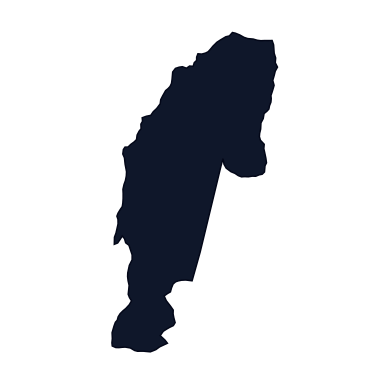 Bento de Abreu, São Paulo, Brazil, rotated 165°
{"feature_id": "56859067B44589944496039", "entity_name": "Bento de Abreu", "entity_type": "district", "adm_level": 2, "iso_a3": "BRA", "parent_name": "Brazil", "parent_adm1": "São Paulo", "projection": "robinson", "projection_center": [-50.853, -21.315], "detail": "fine", "context": "isolated", "style": "filled", "palette": "ink", "viewbox_px": 384, "rotation_deg": 165, "n_neighbors": 0, "source": "geoboundaries", "source_scale": "gbopen_adm2", "svg_char_len": 2397}
<svg xmlns="http://www.w3.org/2000/svg" viewBox="0 0 384 384"><g transform="rotate(165 192 192)"><path d="M308.9,63.9L305.9,61.5L302.9,60.6L299.7,60.1L296.7,59.5L291.9,57.3L288.5,53.8L285.9,52.3L280.4,50.9L276.9,49.6L273.6,48.4L270.8,48.7L267.7,49.1L263.3,50.8L254.9,52.3L256.4,55.9L259.9,61.5L255.8,64.9L252.1,66.1L248.8,67.0L244.6,67.8L242.1,70.2L242.1,75.1L241.8,79.2L240.7,82.8L242.2,87.0L243.7,90.6L245.0,93.7L245.8,98.8L241.8,100.3L238.7,101.1L236.6,104.7L234.1,108.0L231.1,109.5L228.3,109.7L224.9,109.5L220.8,108.6L214.9,106.2L199.7,131.8L157.0,210.1L153.3,216.4L153.9,210.5L152.8,206.2L149.1,201.5L145.7,198.9L143.0,195.8L140.2,193.8L137.4,193.3L133.6,192.1L129.6,191.7L126.4,190.7L122.8,191.2L119.6,191.0L116.8,192.6L114.7,198.4L112.5,200.9L111.9,205.5L111.6,210.8L111.4,215.3L109.9,219.4L112.5,224.3L112.6,228.0L111.5,231.1L109.4,235.0L107.5,240.9L104.2,244.5L102.1,249.1L98.8,250.6L96.3,252.2L94.8,255.3L92.5,258.4L91.3,261.7L90.8,264.7L88.7,267.9L87.0,270.6L85.1,273.8L85.1,278.9L82.5,283.2L80.3,287.2L77.1,290.5L78.1,295.3L76.5,299.8L76.7,304.8L75.8,309.4L75.1,313.0L75.4,317.6L79.4,318.6L82.6,319.5L86.3,320.3L89.7,321.7L93.3,323.9L98.5,325.8L101.7,327.9L105.3,331.4L109.0,334.2L111.7,335.6L115.5,333.1L119.2,333.2L124.9,331.6L129.2,330.2L134.1,327.4L137.3,325.1L140.1,323.3L143.0,322.7L146.9,322.7L150.5,324.0L152.6,321.1L153.5,317.9L156.3,316.4L158.4,313.1L161.7,314.3L165.3,313.0L168.8,315.5L172.1,315.9L176.0,315.7L179.6,312.9L182.1,306.0L183.7,302.2L185.9,299.6L188.5,298.0L191.2,296.8L195.7,292.2L198.3,289.3L199.9,285.4L204.5,281.8L208.6,279.6L212.0,276.7L216.5,277.0L220.9,276.6L221.5,273.1L223.8,270.8L224.8,266.3L227.3,264.5L230.3,261.2L232.0,257.0L235.0,255.3L238.7,253.9L242.2,252.0L245.1,252.7L247.3,250.8L249.0,246.6L248.4,242.5L249.4,236.2L249.7,232.2L250.0,228.5L251.3,224.5L253.4,220.2L255.7,216.9L258.0,212.5L258.9,208.4L260.2,203.6L261.6,199.4L263.1,196.0L266.1,193.4L268.9,190.7L270.8,188.1L270.6,184.7L271.7,180.3L274.1,175.7L276.1,171.9L278.6,168.4L280.6,161.6L277.0,162.0L272.8,165.6L270.8,167.6L269.3,164.4L269.2,160.1L266.7,156.9L266.1,146.8L267.4,142.0L271.5,137.4L275.0,130.5L276.1,127.0L276.7,122.8L276.9,118.1L278.4,114.1L280.1,109.7L279.7,106.1L278.6,102.5L281.7,99.4L286.1,96.6L289.2,95.2L292.9,93.1L295.6,90.6L297.4,87.5L299.7,86.0L301.9,82.9L305.6,76.8L306.9,71.0L308.4,67.0L308.9,63.9Z" fill="#0f172a" stroke="#020617" stroke-width="1.5"/></g></svg>